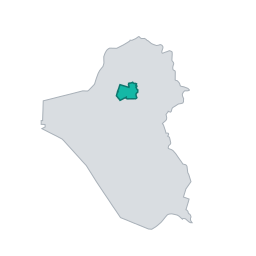 Beygee, Sala ad-Din, Iraq shown in context, rotated 17°
{"feature_id": "34846034B92184872032162", "entity_name": "Beygee", "entity_type": "district", "adm_level": 2, "iso_a3": "IRQ", "parent_name": "Iraq", "parent_adm1": "Sala ad-Din", "projection": "mercator", "projection_center": [43.192, 34.889], "detail": "fine", "context": "in_parent", "style": "filled", "palette": "teal", "viewbox_px": 256, "rotation_deg": 17, "n_neighbors": 0, "source": "geoboundaries", "source_scale": "gbopen_adm2", "svg_char_len": 4552}
<svg xmlns="http://www.w3.org/2000/svg" viewBox="0 0 256 256"><g transform="rotate(17 128 128)"><path d="M104.3,43.4L106.1,43.0L109.3,40.2L111.3,37.6L111.9,37.4L113.6,38.3L114.8,38.5L117.7,37.5L119.4,38.0L120.8,38.7L121.6,38.7L125.4,40.3L126.3,40.5L128.3,40.7L131.2,40.8L133.1,39.8L134.4,38.8L135.4,38.8L136.3,39.0L137.0,39.5L137.7,40.2L138.0,41.3L137.9,44.7L138.2,45.7L138.7,46.3L139.3,46.4L140.1,45.7L141.5,44.6L143.2,43.4L144.5,42.3L145.2,41.9L146.4,42.0L147.5,42.1L148.1,42.7L148.1,42.8L148.7,44.5L150.2,50.5L151.1,51.3L152.1,51.9L152.8,52.8L153.0,53.7L152.9,55.1L153.0,56.7L153.4,57.9L153.9,58.9L154.5,59.3L155.2,59.4L156.2,59.6L156.8,60.5L158.8,67.3L159.0,68.2L159.8,68.5L161.2,68.4L162.6,69.1L164.2,70.2L165.6,72.3L166.5,72.6L169.5,72.3L173.7,72.6L175.6,73.7L175.4,74.3L173.9,75.1L171.3,75.9L170.5,77.4L170.1,79.3L170.2,80.3L170.8,81.5L172.7,83.8L172.8,84.6L173.1,85.8L173.4,86.6L173.1,88.1L171.4,89.2L169.2,90.3L164.8,95.4L164.4,96.5L164.5,99.5L164.0,100.4L162.6,100.4L161.5,100.2L161.5,101.3L160.8,102.7L160.4,103.9L162.0,106.8L162.3,108.3L162.0,109.7L160.5,112.1L159.6,113.7L159.9,114.0L161.0,114.7L164.7,119.9L165.8,121.8L167.4,121.3L168.0,121.3L168.4,121.6L168.7,122.2L168.7,123.0L168.3,124.2L170.3,124.7L171.0,125.8L173.3,129.9L173.2,131.1L172.1,133.0L172.1,134.3L172.3,135.4L172.7,135.8L176.0,136.0L177.5,136.4L181.0,138.5L185.0,141.7L188.3,144.2L191.0,146.4L194.0,146.3L194.8,146.7L195.6,147.4L196.4,149.2L198.2,153.2L199.6,154.6L201.8,157.8L203.9,160.9L202.6,165.0L201.2,169.3L201.2,174.8L201.2,177.8L204.1,177.9L207.2,178.1L207.3,181.6L207.3,185.1L207.3,189.2L208.2,189.3L209.7,190.2L210.4,191.5L211.2,192.2L212.1,192.3L213.1,193.0L214.0,194.1L214.3,195.0L214.1,195.6L214.3,196.7L215.0,198.2L215.8,198.9L217.0,199.8L215.3,200.3L213.5,199.9L209.6,198.1L208.4,198.1L206.7,198.7L206.7,199.3L202.6,197.4L201.1,197.0L200.6,196.9L198.2,197.0L194.9,197.3L192.9,198.1L191.5,199.0L190.9,199.8L190.7,200.2L189.6,202.7L188.4,205.8L187.1,208.7L184.6,212.7L183.3,214.5L180.3,217.9L177.1,218.6L169.7,217.9L161.5,217.2L153.3,216.4L147.2,215.9L146.8,215.7L140.8,210.8L136.0,207.0L130.1,202.1L124.0,197.2L117.9,192.2L113.4,188.5L108.0,183.8L103.0,179.5L99.1,176.1L94.1,173.2L90.2,170.8L84.5,167.4L80.0,164.7L76.1,162.4L70.1,158.8L68.1,157.8L61.9,156.6L56.0,155.6L49.8,154.5L45.8,153.8L48.5,151.2L47.6,148.9L45.7,149.4L43.9,149.9L42.8,146.3L44.2,145.9L42.9,141.2L41.6,136.3L40.3,131.6L39.0,126.8L44.2,123.7L48.0,121.4L53.4,118.1L58.6,115.0L63.6,112.0L69.0,108.7L73.9,105.7L78.4,104.5L79.3,103.6L81.4,99.5L83.1,96.1L83.2,95.3L83.2,90.3L83.5,84.5L84.1,81.4L85.1,78.7L86.0,76.7L86.1,74.8L86.0,72.9L85.0,70.0L84.0,66.9L84.1,64.0L84.3,62.4L84.9,59.9L86.0,58.1L87.1,57.0L91.4,55.8L93.9,55.1L97.3,51.8L99.3,49.9L102.1,46.8L104.1,44.5L104.3,43.8L104.3,43.4Z" fill="#d9dde1" stroke="#a8b0b8" stroke-width="1"/><path d="M107.6,91.7L107.6,92.4L107.5,94.0L107.4,95.6L107.3,95.9L107.5,96.1L107.8,96.1L107.8,96.4L107.6,96.4L107.4,96.5L107.5,100.6L108.6,101.3L109.4,101.9L109.7,102.1L110.2,102.4L111.0,102.9L111.8,103.4L112.3,103.9L112.9,103.4L113.2,103.0L114.0,102.3L114.9,101.4L115.2,101.0L115.8,100.5L116.5,99.9L116.9,99.5L117.1,99.3L117.3,99.1L117.4,99.5L117.4,100.1L118.6,100.4L119.2,100.2L121.0,99.6L122.9,99.0L125.1,98.3L125.7,98.1L126.4,97.9L126.6,97.9L126.9,97.6L127.5,96.9L127.5,96.6L127.5,96.4L127.5,96.1L127.2,96.0L127.1,95.9L127.0,95.7L126.4,94.9L126.2,94.4L126.0,94.1L125.9,93.8L125.8,93.6L125.8,93.4L125.8,93.1L125.8,92.8L125.8,92.6L126.0,92.1L126.0,91.9L126.2,91.7L126.5,91.4L126.8,91.2L126.7,90.7L126.7,90.3L126.6,90.0L126.4,89.6L126.4,89.3L126.3,89.1L126.3,88.9L126.2,88.8L126.2,88.7L125.8,88.6L125.6,88.6L125.3,88.5L125.0,88.2L124.7,87.7L124.4,87.4L123.8,86.8L123.6,86.6L123.6,86.4L123.9,86.1L124.1,86.0L124.3,85.9L124.3,85.7L124.3,85.3L124.2,85.2L123.9,85.2L123.7,85.1L123.3,84.9L123.1,84.9L123.1,84.7L123.1,84.4L123.1,84.2L123.2,83.8L123.3,83.6L123.3,83.4L123.2,83.4L123.0,83.2L122.9,83.2L122.7,83.2L122.5,83.3L122.3,83.2L122.1,83.2L121.8,83.2L121.5,83.3L121.3,83.4L121.2,83.5L120.8,83.6L120.5,83.6L120.2,83.5L119.9,83.5L119.7,83.3L119.4,83.2L119.1,82.9L118.9,83.0L118.7,83.3L118.5,83.5L118.2,83.7L117.7,84.0L117.4,84.3L117.1,84.4L116.7,84.5L116.3,84.6L115.9,84.9L115.6,85.1L115.8,85.4L115.9,85.5L115.8,85.8L115.7,86.1L115.7,86.3L115.9,86.7L116.2,87.1L116.4,87.6L116.8,87.8L116.9,88.3L117.0,88.6L117.0,88.9L114.6,88.9L114.3,88.9L112.2,88.9L111.9,88.9L111.6,88.9L110.9,88.9L110.6,88.9L109.6,88.9L109.3,88.9L109.1,88.9L108.8,88.9L107.7,88.9L107.6,89.8L107.6,90.5L107.6,91.2L107.6,91.7Z" fill="#14b8a6" stroke="#0f766e" stroke-width="1.5"/></g></svg>